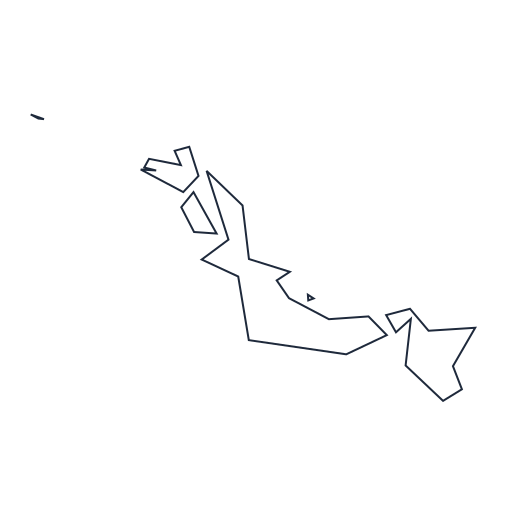 outline of Japan, rotated 85°
{"feature_id": "JPN", "entity_name": "Japan", "entity_type": "country or territory", "adm_level": 0, "iso_a3": "JPN", "parent_name": "Asia", "parent_adm1": "", "projection": "orthographic", "projection_center": [135.292, 34.888], "detail": "coarse", "context": "isolated", "style": "outline", "palette": "slate", "viewbox_px": 512, "rotation_deg": 85, "n_neighbors": 0, "source": "natural_earth", "source_scale": "50m", "svg_char_len": 751}
<svg xmlns="http://www.w3.org/2000/svg" viewBox="0 0 512 512"><g transform="rotate(85 256 256)"><path d="M346.2,132.6L361.8,174.7L339.2,270.5L274.9,275.5L254.8,310.4L237.3,282.0L166.9,297.8L204.5,265.0L258.4,263.3L274.7,223.7L282.1,237.5L300.9,226.8L325.3,188.9L326.0,149.2L346.2,132.6ZM382.9,69.4L406.7,62.5L416.6,82.3L378.1,116.5L332.1,107.2L344.2,123.2L326.2,131.5L322.0,107.2L345.5,90.6L346.6,43.9L382.9,69.4ZM171.2,306.3L186.0,322.9L159.8,363.3L162.1,348.0L158.1,359.6L149.9,354.1L158.9,322.9L144.1,327.9L141.4,313.0L171.2,306.3ZM230.2,293.3L226.7,315.6L200.9,326.2L186.9,312.7L230.2,293.3ZM101.2,455.3L100.1,460.8L95.4,468.1L101.2,455.3ZM304.8,207.8L299.1,207.7L303.3,202.3L304.8,207.8Z" fill="none" stroke="#1e293b" stroke-width="2"/></g></svg>